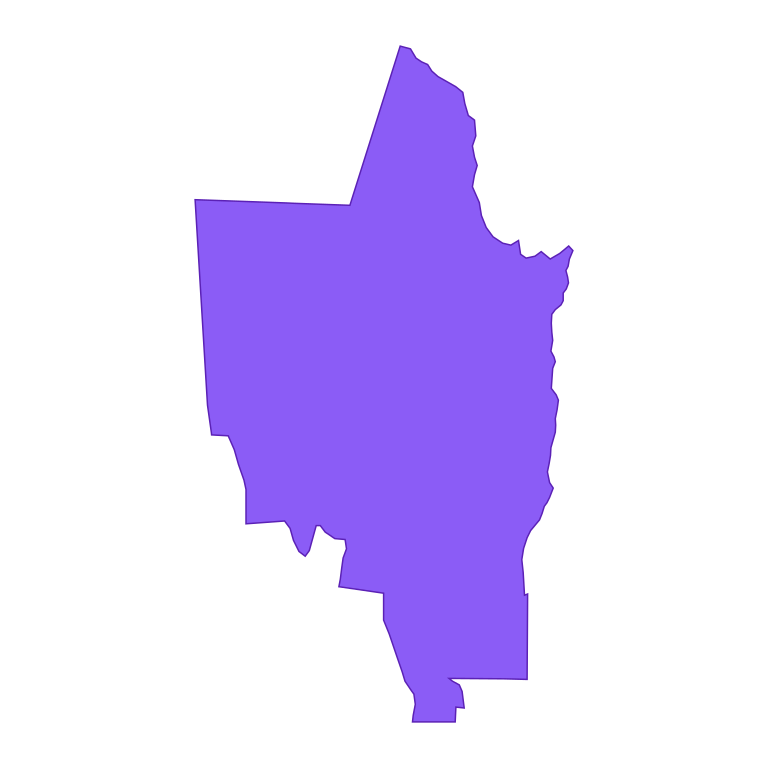 outline of Seremban, Negeri Sembilan, Malaysia
{"feature_id": "92858781B89018388239971", "entity_name": "Seremban", "entity_type": "district", "adm_level": 2, "iso_a3": "MYS", "parent_name": "Malaysia", "parent_adm1": "Negeri Sembilan", "projection": "equal_earth", "projection_center": [101.966, 2.756], "detail": "fine", "context": "isolated", "style": "filled", "palette": "violet", "viewbox_px": 768, "rotation_deg": 0, "n_neighbors": 0, "source": "geoboundaries", "source_scale": "gbopen_adm2", "svg_char_len": 1693}
<svg xmlns="http://www.w3.org/2000/svg" viewBox="0 0 768 768"><path d="M400.2,46.1L349.9,205.3L293.5,203.3L287.5,203.0L242.9,201.4L195.1,199.7L207.5,405.2L211.4,432.8L211.6,434.9L228.2,435.8L234.3,449.7L238.5,464.5L244.0,480.2L246.0,489.5L246.0,504.3L246.0,523.8L284.6,521.0L290.1,528.4L293.5,540.4L299.0,551.5L305.2,556.2L309.3,550.6L316.2,525.6L320.3,525.6L325.2,532.1L334.8,538.6L345.1,539.5L346.5,548.8L343.1,558.0L341.7,568.2L340.3,579.3L338.9,586.7L383.6,593.2L383.6,608.9L383.6,620.1L389.2,633.9L397.4,658.0L402.2,671.9L405.0,681.2L411.2,690.4L413.9,694.1L415.3,704.3L413.2,715.4L412.5,721.9L455.2,721.9L455.9,707.1L464.2,708.0L462.1,691.4L459.3,684.9L452.5,681.2L449.0,678.4L503.8,678.8L527.1,679.4L527.6,594.0L524.5,595.2L523.2,572.7L521.8,559.6L523.6,548.4L527.1,537.7L530.6,530.6L539.5,519.9L542.1,513.4L544.3,506.3L546.9,502.8L549.6,497.4L553.2,488.1L553.1,487.9L549.6,482.6L547.4,471.9L549.1,463.7L550.5,455.4L550.9,447.7L555.3,432.2L555.7,425.1L555.3,418.6L557.1,409.7L558.4,400.2L556.2,394.9L551.3,388.4L552.7,368.3L555.3,361.7L554.0,357.0L550.9,351.1L552.7,340.4L551.8,332.1L551.3,323.2L551.8,314.3L555.3,309.6L561.0,304.9L563.2,300.7L563.2,293.0L566.3,288.9L568.5,282.9L567.6,277.0L565.9,270.5L568.1,266.3L569.4,259.0L572.9,250.6L568.7,246.0L559.8,253.4L550.2,259.0L541.2,251.6L535.0,256.2L526.1,258.1L520.6,254.3L518.5,240.5L510.9,245.1L502.7,243.2L493.0,236.8L486.2,227.5L481.4,215.5L479.3,202.5L472.4,186.8L474.5,174.7L477.2,165.5L474.5,157.2L472.4,146.0L475.8,135.9L474.5,120.1L468.3,115.5L464.8,103.5L462.8,92.4L455.9,86.8L446.3,81.3L438.0,76.6L431.8,71.1L427.7,64.6L421.5,61.8L416.0,58.1L410.5,48.9L400.2,46.1Z" fill="#8b5cf6" stroke="#5b21b6" stroke-width="1.5"/></svg>